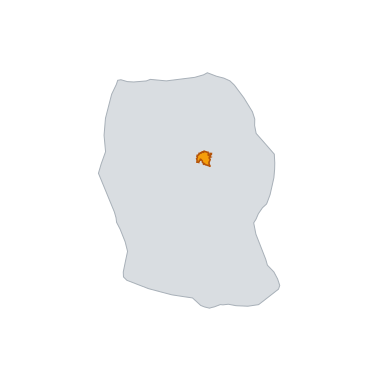 Thaba-Tseka, Thaba-Tseka, Lesotho (highlighted), rotated 310°
{"feature_id": "5366337B12676471094494", "entity_name": "Thaba-Tseka", "entity_type": "district", "adm_level": 2, "iso_a3": "LSO", "parent_name": "Lesotho", "parent_adm1": "Thaba-Tseka", "projection": "equal_earth", "projection_center": [28.592, -29.521], "detail": "fine", "context": "in_parent", "style": "filled", "palette": "amber", "viewbox_px": 384, "rotation_deg": 310, "n_neighbors": 0, "source": "geoboundaries", "source_scale": "gbopen_adm2", "svg_char_len": 4307}
<svg xmlns="http://www.w3.org/2000/svg" viewBox="0 0 384 384"><g transform="rotate(310 192 192)"><path d="M240.2,253.5L231.8,256.5L230.6,256.8L225.2,256.1L218.0,256.8L212.4,258.5L208.0,259.1L200.8,268.0L187.8,291.8L184.4,296.8L183.4,306.1L180.4,313.5L176.8,319.3L173.2,320.7L162.3,318.4L148.5,315.4L140.4,308.2L133.2,298.8L129.4,292.0L125.4,288.2L124.0,286.1L118.3,282.9L116.2,281.3L114.3,280.1L112.0,275.5L110.7,271.6L111.2,260.5L107.1,253.9L100.3,242.7L95.9,233.4L90.0,220.8L86.3,210.0L82.5,198.9L82.9,194.1L86.5,190.8L97.0,185.1L105.1,180.8L110.9,172.8L117.3,160.9L120.3,153.7L123.4,150.4L126.8,145.4L132.7,134.1L139.2,121.7L146.2,108.3L155.1,104.4L167.3,99.9L178.9,88.2L192.9,78.3L215.3,67.6L225.8,64.9L229.8,63.3L232.3,65.4L235.0,71.5L238.8,76.6L247.7,85.6L251.5,87.7L260.6,100.9L270.4,110.0L281.6,120.4L289.3,125.6L293.2,127.1L296.4,136.3L299.7,143.2L301.5,149.6L301.1,155.8L297.5,171.1L292.3,186.7L288.2,193.2L283.1,197.3L278.1,203.5L276.2,216.0L273.9,230.7L267.5,236.7L262.5,240.7L255.5,245.6L240.2,253.5Z" fill="#d9dde1" stroke="#a8b0b8" stroke-width="1"/><path d="M234.0,182.1L233.7,181.7L233.3,181.2L233.2,181.0L232.8,181.3L232.5,181.5L232.4,181.7L232.3,181.8L231.7,181.6L231.3,181.4L231.1,181.3L230.9,181.2L230.7,181.0L230.6,180.9L230.6,180.7L230.8,180.5L230.9,180.4L231.3,180.2L231.7,179.9L231.9,179.8L232.0,179.8L232.1,179.7L232.4,179.3L232.5,179.1L232.8,178.7L232.7,178.6L232.5,178.3L232.2,178.2L232.0,177.9L232.0,177.7L231.9,177.4L232.0,177.4L231.9,177.0L231.8,176.7L231.7,176.6L231.5,176.2L231.4,176.0L231.4,175.9L231.4,175.7L231.2,175.2L231.0,175.4L230.8,175.4L230.8,175.2L230.7,175.2L230.7,175.3L230.4,175.1L230.4,174.9L230.2,174.8L230.1,174.7L230.1,174.8L230.0,174.7L229.9,174.6L229.7,174.6L229.6,174.8L229.5,174.6L229.4,174.4L229.4,174.5L229.3,174.3L229.2,174.4L229.1,174.2L228.9,174.0L228.7,174.0L228.7,173.9L228.4,173.8L228.2,173.8L228.2,173.7L227.9,173.5L227.7,173.4L227.6,173.5L227.5,173.4L227.3,173.4L227.2,173.3L226.9,173.3L226.8,173.2L226.8,173.3L226.7,173.2L226.4,173.1L226.0,173.0L225.8,173.1L225.6,172.9L225.5,173.0L225.4,172.9L225.2,172.9L224.9,172.8L224.7,173.0L224.6,172.9L224.4,172.8L224.2,172.9L223.8,172.9L223.8,173.0L223.7,173.0L223.4,173.0L223.2,173.0L222.9,173.0L222.9,172.9L222.8,173.0L222.7,172.9L222.6,173.0L222.5,172.9L222.4,172.9L222.3,173.2L222.2,173.5L222.1,173.8L221.9,174.0L221.4,174.1L221.1,174.1L220.9,174.2L220.7,174.2L220.6,174.4L220.6,174.1L220.4,174.1L220.0,174.9L219.9,175.1L219.8,175.4L219.7,175.5L219.4,175.6L219.2,175.7L219.0,175.8L218.9,175.9L218.7,176.0L218.4,176.4L218.0,176.6L218.2,176.9L218.3,177.1L218.7,177.4L218.8,177.6L218.9,178.0L219.0,177.9L219.3,177.9L219.6,178.0L219.7,177.9L219.8,177.8L220.0,177.9L220.3,177.6L220.5,177.7L220.9,177.6L221.0,177.8L221.0,177.7L221.3,177.8L221.5,177.9L221.7,177.7L221.8,177.6L221.9,177.4L221.9,177.5L222.0,177.5L222.1,177.4L222.3,177.3L222.4,177.2L222.6,177.2L222.7,177.3L222.7,177.2L222.7,177.3L222.7,177.5L222.7,177.8L222.7,178.0L222.6,178.4L222.5,179.5L222.4,180.0L222.2,180.2L221.6,180.6L221.5,180.8L221.5,181.2L221.5,181.5L221.3,182.3L221.1,182.6L220.8,182.7L220.7,182.8L220.7,183.0L220.9,183.2L220.9,183.3L221.2,183.3L221.6,183.2L221.6,183.3L221.7,183.5L221.6,184.1L221.6,184.3L221.5,184.7L221.5,184.8L221.6,185.0L221.7,185.3L221.8,185.4L221.9,185.7L222.1,185.8L222.2,186.1L222.3,186.2L222.3,186.6L222.3,186.8L222.6,187.1L222.9,187.5L222.9,187.8L222.9,188.3L222.9,188.5L223.1,189.1L223.3,189.2L223.5,189.2L223.8,188.6L223.9,188.2L224.0,188.0L224.1,187.9L224.3,187.5L224.5,187.0L224.7,186.8L224.8,186.6L225.0,186.5L225.3,186.5L225.5,186.3L225.6,185.9L225.8,185.8L226.0,185.7L226.3,185.7L226.9,185.6L227.1,185.6L227.3,185.5L227.5,185.5L227.9,185.3L228.4,185.1L228.5,185.1L228.7,184.7L228.7,184.4L228.7,184.2L228.8,184.0L228.8,183.8L228.9,183.6L229.0,183.7L229.2,183.4L229.3,183.5L229.5,183.4L229.6,183.5L229.7,183.4L229.8,183.3L229.8,183.5L230.0,183.5L230.2,183.3L230.3,183.4L230.3,183.5L230.5,183.6L230.4,183.4L230.5,183.3L230.7,183.5L230.7,183.4L230.8,183.4L231.0,183.3L231.2,183.2L231.3,183.0L231.4,182.8L231.6,182.7L231.8,182.5L231.7,182.4L231.9,182.2L232.0,182.2L232.0,182.3L232.1,182.2L232.2,182.3L232.3,182.4L232.5,182.3L232.8,182.4L232.8,182.6L233.0,182.7L233.3,182.6L233.5,182.6L233.7,182.4L233.7,182.2L233.8,182.2L234.0,182.1Z" fill="#f59e0b" stroke="#b45309" stroke-width="1.5"/></g></svg>